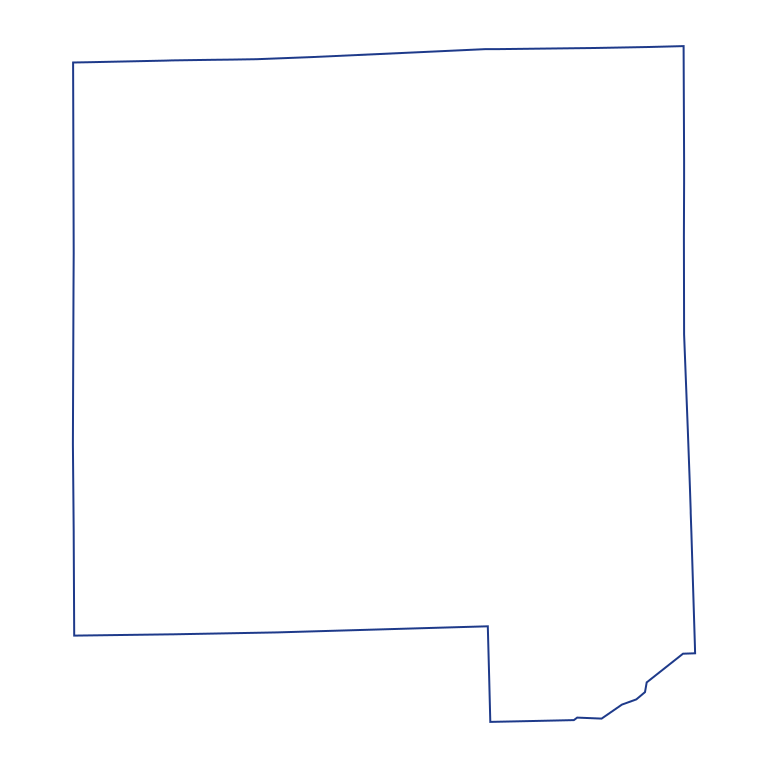 the district of DuPage, Illinois, United States of America
{"feature_id": "52423323B58044967957870", "entity_name": "DuPage", "entity_type": "district", "adm_level": 2, "iso_a3": "USA", "parent_name": "United States of America", "parent_adm1": "Illinois", "projection": "robinson", "projection_center": [-88.069, 41.84], "detail": "fine", "context": "isolated", "style": "outline", "palette": "blue", "viewbox_px": 768, "rotation_deg": 0, "n_neighbors": 0, "source": "geoboundaries", "source_scale": "gbopen_adm2", "svg_char_len": 738}
<svg xmlns="http://www.w3.org/2000/svg" viewBox="0 0 768 768"><path d="M75.4,635.6L173.6,634.3L174.1,634.3L184.6,634.1L277.4,632.4L332.5,630.8L428.8,628.0L487.8,626.3L489.2,678.6L490.3,721.9L533.2,721.0L573.9,720.1L577.2,717.6L601.6,718.6L621.9,704.6L636.3,699.4L645.0,692.1L646.7,682.4L683.0,653.7L695.1,653.3L694.9,645.4L691.4,533.0L690.7,512.8L690.7,510.9L690.0,489.8L689.6,478.5L687.8,429.6L684.1,334.5L683.9,236.7L684.1,183.1L684.1,160.6L683.6,46.1L648.9,47.0L594.2,48.0L500.0,49.1L486.0,49.1L417.1,52.3L311.4,57.1L256.7,59.2L231.4,59.6L213.3,59.8L172.0,60.4L165.9,60.6L90.2,62.2L73.1,62.5L73.7,253.3L73.5,289.5L72.9,443.7L72.9,444.2L73.7,531.7L73.7,533.5L74.2,635.6L75.4,635.6Z" fill="none" stroke="#1e3a8a" stroke-width="2"/></svg>